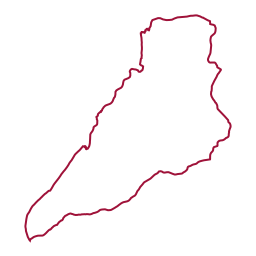 Nga, Oudômxai, Laos
{"feature_id": "54806243B37529885966132", "entity_name": "Nga", "entity_type": "district", "adm_level": 2, "iso_a3": "LAO", "parent_name": "Laos", "parent_adm1": "Oudômxai", "projection": "albers", "projection_center": [101.853, 20.179], "detail": "fine", "context": "isolated", "style": "outline", "palette": "rose", "viewbox_px": 256, "rotation_deg": 0, "n_neighbors": 0, "source": "geoboundaries", "source_scale": "gbopen_adm2", "svg_char_len": 5757}
<svg xmlns="http://www.w3.org/2000/svg" viewBox="0 0 256 256"><path d="M82.9,146.3L79.8,150.0L77.9,151.7L75.4,154.1L74.7,155.0L73.6,156.9L72.1,159.4L71.5,160.4L70.7,161.3L69.4,163.1L68.5,164.8L67.0,167.1L65.0,169.8L63.5,171.5L62.9,172.3L61.4,174.2L60.2,176.1L58.8,178.1L54.5,183.6L53.6,184.9L51.8,188.1L50.2,190.6L48.6,190.9L45.9,193.3L44.8,194.0L42.6,196.1L41.9,196.9L41.0,197.7L39.7,199.1L38.2,200.3L36.0,202.5L34.1,204.6L32.6,206.0L31.8,207.2L30.9,208.7L29.3,211.9L27.5,214.5L27.0,215.9L26.4,218.9L25.4,226.0L25.5,227.4L25.8,228.8L26.0,231.1L27.8,236.9L29.4,239.9L30.0,240.6L30.2,239.8L30.4,239.3L30.6,239.1L32.0,238.3L32.8,237.6L33.2,237.5L33.6,237.1L34.5,236.7L36.3,236.1L37.9,235.7L40.5,235.6L42.1,235.6L42.8,235.5L43.9,234.9L44.9,234.1L46.2,232.9L47.2,231.8L48.8,230.2L49.7,229.6L50.2,229.4L50.4,229.5L51.3,228.7L51.9,227.8L52.4,227.5L53.7,226.2L54.2,225.9L54.6,225.8L55.3,225.3L57.2,224.8L57.7,223.9L58.8,222.5L59.2,222.0L60.0,221.4L60.7,221.0L61.1,220.5L62.2,220.2L62.8,219.4L63.4,217.9L64.8,216.3L65.3,215.8L66.3,215.4L68.3,214.2L69.6,213.7L70.5,213.5L71.0,213.6L71.7,213.9L72.7,214.1L73.8,214.6L75.7,215.0L77.4,214.9L78.8,214.6L79.5,214.7L80.6,214.7L81.9,214.3L82.9,214.3L84.8,214.2L85.6,214.3L86.7,214.1L88.4,214.2L88.8,214.3L89.5,214.4L90.4,214.3L91.5,214.0L93.4,213.1L93.8,213.0L94.6,212.9L97.0,212.1L97.8,211.7L98.7,211.1L99.7,210.2L100.6,209.8L101.1,209.7L102.1,209.5L104.8,209.3L105.0,209.3L107.9,210.2L108.3,210.2L108.7,210.2L109.4,210.1L110.0,210.1L110.8,210.0L111.7,209.6L114.5,208.0L115.6,207.3L115.9,207.1L117.1,206.4L118.2,205.6L118.6,205.2L119.6,204.5L120.9,203.5L121.8,203.0L122.4,202.6L124.1,202.0L124.8,201.9L127.3,201.3L128.4,200.8L129.2,200.2L130.4,198.9L130.8,198.2L131.0,198.0L131.5,197.7L132.0,197.3L132.3,197.2L132.6,196.9L133.4,196.4L134.4,195.9L135.1,195.4L135.4,195.0L135.8,194.4L136.2,193.7L136.6,192.7L136.8,192.4L137.3,191.2L138.7,189.6L139.4,188.5L140.1,187.2L140.4,186.8L142.7,184.2L143.2,183.5L143.8,182.7L144.5,182.1L150.0,178.9L150.6,178.5L154.1,175.2L155.0,174.5L157.5,173.2L158.4,172.2L158.6,171.8L158.9,171.5L160.7,171.2L161.4,171.4L162.4,171.8L162.8,172.2L163.9,172.6L164.8,172.6L167.0,172.2L167.9,172.2L168.6,172.2L170.9,173.1L172.6,173.8L174.6,174.5L175.5,174.5L176.3,174.4L177.4,174.1L181.7,173.6L182.4,173.3L183.4,172.4L184.8,171.7L186.6,170.2L187.3,169.1L187.7,167.4L188.0,166.9L188.5,166.5L189.7,166.2L190.7,165.8L192.3,164.9L193.3,164.5L195.5,164.0L196.5,163.6L197.0,163.2L197.8,162.4L199.0,161.7L200.0,161.3L201.8,160.8L203.9,160.3L210.0,159.4L210.1,159.1L210.1,157.3L210.2,155.0L210.6,153.7L211.1,152.8L212.6,151.2L213.1,150.1L213.3,148.3L213.6,147.6L214.0,147.1L215.2,146.7L217.3,146.0L217.5,145.5L217.5,143.0L217.7,142.3L218.4,141.5L219.3,140.8L220.4,140.5L222.1,140.3L222.7,140.2L223.7,139.8L224.9,139.0L226.0,138.0L227.0,137.6L228.1,136.9L228.5,136.3L228.7,135.6L228.8,133.8L228.9,133.2L229.1,132.2L229.0,131.4L229.5,129.7L230.5,127.1L230.6,126.0L230.3,124.4L229.8,123.3L228.5,122.2L228.3,121.5L228.2,120.5L228.1,120.1L224.8,116.4L217.9,109.2L217.6,108.7L217.4,107.9L217.3,105.9L217.1,105.1L216.1,103.1L215.4,102.6L214.3,100.7L213.1,99.2L211.6,96.5L211.0,94.2L211.2,91.7L211.6,90.9L211.8,88.4L211.8,86.3L212.2,85.3L214.3,80.9L216.6,76.8L217.2,75.3L218.0,73.9L218.6,73.3L220.8,70.1L220.9,69.7L220.7,69.3L220.0,68.9L217.5,67.4L217.2,67.0L217.1,65.7L216.3,64.6L215.7,63.4L215.0,62.7L214.6,62.5L212.1,62.5L210.6,62.6L209.8,62.5L209.2,62.2L208.8,61.7L208.3,60.9L208.0,60.0L208.0,59.1L208.5,57.6L209.2,55.9L210.2,53.8L210.5,52.5L211.2,45.6L211.1,44.3L210.7,42.8L210.4,40.3L210.6,38.6L211.0,36.8L211.5,36.1L214.5,33.5L215.0,32.7L215.3,31.8L215.5,30.9L215.7,28.1L214.7,25.5L213.4,24.8L211.8,24.5L210.2,24.1L210.0,21.2L207.6,20.2L203.8,18.1L203.2,17.7L202.9,17.7L202.4,17.6L200.1,16.4L196.9,15.4L195.2,15.4L192.9,15.7L190.4,15.8L186.9,16.6L177.5,17.4L174.4,18.5L172.0,19.7L169.1,20.0L166.4,20.1L163.0,19.4L160.3,18.2L158.1,18.1L152.4,20.1L151.7,21.4L151.2,22.4L150.6,26.2L150.1,27.0L149.6,27.9L149.1,28.4L149.0,28.7L149.3,29.1L149.3,29.4L149.0,30.3L148.3,30.2L147.6,29.5L147.2,28.8L146.9,28.8L146.6,28.9L146.5,29.1L145.9,30.0L145.4,30.1L145.3,30.3L145.5,31.2L145.4,31.4L145.3,31.5L144.6,31.7L144.4,31.8L144.5,32.2L144.7,32.6L144.6,32.8L144.2,32.7L143.5,32.2L142.9,32.2L142.3,32.0L141.6,32.0L141.1,32.9L141.3,33.3L141.2,33.6L140.8,33.6L140.9,34.7L141.5,37.9L141.6,40.3L141.8,42.5L141.7,44.6L141.9,47.2L141.9,49.3L141.5,53.1L141.7,54.5L141.8,55.5L141.6,56.9L141.6,58.2L141.1,58.5L140.9,58.9L140.7,60.1L140.6,61.0L140.0,64.3L140.2,64.6L141.1,65.3L141.7,65.5L143.1,66.4L142.9,68.5L142.5,69.9L142.1,70.4L141.6,70.5L141.3,70.7L140.9,71.3L140.4,71.7L139.9,71.8L139.1,71.8L138.5,71.5L138.3,71.2L138.2,70.7L137.9,70.3L136.7,69.9L135.9,69.5L134.6,69.4L132.0,68.9L131.1,69.3L130.4,70.1L129.8,71.2L129.8,71.9L130.3,72.9L130.3,74.0L130.3,75.7L129.8,77.1L128.2,78.2L124.5,79.7L123.6,80.9L123.2,82.6L122.9,84.6L122.1,86.6L121.0,87.8L117.9,89.4L116.4,90.4L115.5,91.8L115.4,94.6L114.9,96.8L114.0,97.9L113.3,99.5L112.8,100.9L112.0,102.2L110.9,103.3L109.9,103.9L106.3,105.2L105.3,105.7L103.6,107.3L103.1,108.2L102.4,109.1L102.1,109.8L102.0,110.5L101.7,110.8L101.1,110.9L100.9,111.1L100.8,111.3L100.9,111.9L100.9,112.0L100.7,112.1L99.9,112.2L98.3,113.7L97.9,114.3L97.9,115.3L97.8,115.7L97.3,116.3L96.6,116.7L96.4,116.9L96.4,117.2L96.7,117.8L96.8,118.1L96.8,119.3L97.3,120.3L97.3,121.6L97.2,123.8L97.0,124.5L96.4,125.2L94.3,126.5L93.6,127.3L93.4,128.8L92.9,130.2L92.3,131.3L90.8,133.3L90.3,134.5L90.1,139.3L89.9,141.9L89.9,142.9L89.6,144.7L89.2,146.2L88.5,147.5L87.7,148.7L87.4,148.7L86.5,149.2L86.3,149.2L86.1,149.1L85.9,148.5L86.2,147.4L86.1,147.2L85.5,147.0L84.9,147.1L84.9,146.9L85.0,146.8L85.4,146.5L85.4,146.3L85.3,146.2L85.1,146.1L84.3,146.2L83.4,146.5L82.9,146.3Z" fill="none" stroke="#9f1239" stroke-width="2"/></svg>